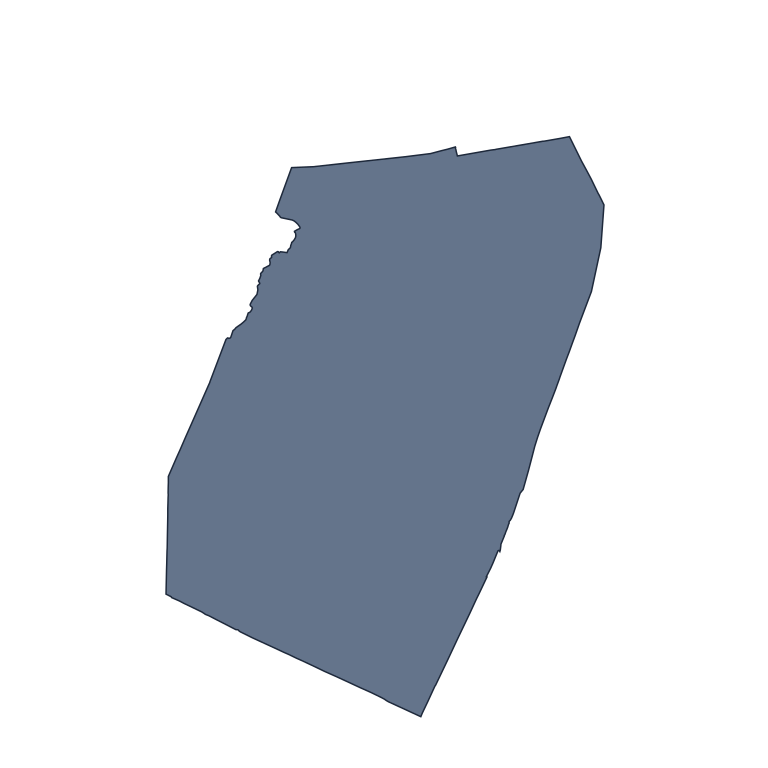 Melchor Ocampo, Nuevo León, Mexico, rotated 111°
{"feature_id": "50627088B70877597446889", "entity_name": "Melchor Ocampo", "entity_type": "district", "adm_level": 2, "iso_a3": "MEX", "parent_name": "Mexico", "parent_adm1": "Nuevo León", "projection": "orthographic", "projection_center": [-99.496, 26.046], "detail": "fine", "context": "isolated", "style": "filled", "palette": "slate", "viewbox_px": 768, "rotation_deg": 111, "n_neighbors": 0, "source": "geoboundaries", "source_scale": "gbopen_adm2", "svg_char_len": 3564}
<svg xmlns="http://www.w3.org/2000/svg" viewBox="0 0 768 768"><g transform="rotate(111 384 384)"><path d="M455.8,216.9L437.2,217.8L432.6,216.3L413.2,218.1L397.9,219.8L388.3,220.9L378.8,221.5L369.6,221.8L347.3,222.0L335.8,221.9L326.4,221.9L323.7,222.0L316.3,222.1L315.1,222.2L295.1,222.6L287.8,222.6L278.4,222.8L270.2,222.9L256.9,223.3L223.3,223.5L179.1,230.4L138.0,242.8L132.4,248.8L130.4,251.0L129.3,252.4L118.5,263.9L112.0,271.4L105.0,279.6L86.6,299.5L91.6,307.6L97.7,317.8L100.2,322.0L100.3,322.5L108.8,336.7L119.4,354.5L124.8,363.6L125.3,364.2L125.9,365.4L127.4,368.2L144.8,397.2L141.3,399.7L139.1,401.1L138.6,401.6L138.0,402.0L137.5,401.9L137.1,402.3L142.0,408.8L145.4,413.7L152.2,423.1L163.2,443.7L163.4,444.1L163.8,444.8L191.5,498.8L206.5,527.9L215.0,547.6L215.1,547.8L250.0,547.2L262.2,546.9L262.5,546.2L262.8,545.4L263.9,543.1L264.9,541.1L265.3,540.7L265.6,539.6L265.4,538.3L263.8,528.4L264.0,526.2L264.6,524.3L265.7,521.7L267.1,519.5L267.9,518.5L268.5,518.3L269.0,518.4L269.6,518.9L271.0,520.3L272.9,521.8L273.5,522.3L273.9,522.2L274.3,521.8L274.4,521.2L274.9,520.7L275.7,520.2L276.4,519.8L277.7,519.3L278.5,519.2L279.4,519.1L280.3,519.3L281.6,519.5L282.7,519.9L283.7,520.2L284.9,520.9L286.0,520.7L288.1,520.7L289.9,520.3L291.2,520.6L292.2,521.2L292.9,521.5L296.1,521.6L297.1,525.9L297.7,528.1L298.4,528.5L299.0,528.7L299.0,528.9L299.0,529.3L298.4,530.1L298.4,530.6L298.8,531.1L300.3,532.2L303.9,534.9L304.4,535.0L305.3,534.7L306.0,534.3L306.4,534.4L307.7,535.3L308.5,535.4L309.5,535.1L311.4,533.8L312.6,533.5L313.6,533.3L314.3,533.5L319.4,538.0L321.3,537.6L322.2,537.6L323.7,538.2L324.6,538.6L325.3,538.7L326.2,538.3L326.8,537.9L329.5,537.8L331.1,537.9L331.9,538.0L332.6,538.1L333.0,537.9L333.6,537.1L334.3,536.2L334.6,536.0L335.0,536.0L336.3,536.7L337.6,537.2L338.2,537.2L341.3,535.5L345.9,534.7L353.2,537.0L357.6,537.5L358.7,536.9L359.0,536.3L359.6,534.7L360.2,534.2L361.5,534.1L362.9,534.2L364.1,534.6L365.2,535.0L366.3,536.2L367.7,536.2L368.9,536.1L370.0,536.0L371.0,536.2L372.3,536.0L373.6,536.0L376.6,537.4L379.3,538.9L384.3,542.3L386.4,543.0L388.3,544.1L395.2,543.8L395.8,544.0L396.3,544.2L396.7,544.7L397.0,545.3L397.0,546.0L396.9,546.3L397.3,546.7L399.1,547.5L444.1,547.3L445.1,547.2L448.5,547.4L474.9,548.7L493.0,549.6L504.4,550.2L518.6,550.8L527.0,551.3L547.6,552.2L553.3,550.0L557.9,548.4L563.1,546.5L564.8,545.7L567.3,544.9L572.9,542.9L577.8,541.2L583.8,538.9L589.3,536.9L602.3,532.2L610.5,529.2L614.9,527.6L617.7,526.7L629.2,522.6L635.5,520.4L658.3,512.2L658.9,506.4L659.5,505.7L659.6,503.4L659.9,497.1L660.5,492.2L662.1,472.5L662.7,469.6L663.0,468.6L663.1,467.5L663.1,465.7L663.1,464.6L664.1,455.7L666.4,434.3L665.8,432.3L665.9,432.0L666.2,431.3L666.6,430.6L666.9,429.0L668.1,416.0L668.7,406.7L669.3,397.2L670.4,381.3L670.6,376.7L671.4,367.1L671.5,364.6L672.3,352.7L673.1,342.5L673.6,336.6L674.2,324.8L674.9,314.0L676.1,296.2L676.7,285.0L677.1,280.4L677.7,273.7L678.1,270.6L678.7,268.3L679.1,265.8L681.4,230.4L677.4,230.3L664.8,229.3L647.8,228.2L646.8,227.9L635.6,227.0L618.0,225.6L595.8,224.0L567.2,221.7L555.1,220.9L550.8,220.6L545.5,220.1L527.3,218.7L527.3,219.4L517.8,218.4L511.9,218.1L507.5,218.0L498.9,217.8L498.5,217.4L498.2,217.1L498.3,216.8L498.6,216.2L498.9,215.8L497.4,215.9L495.4,216.4L493.0,217.0L491.8,217.4L490.7,217.4L482.9,217.2L482.2,217.5L481.6,217.2L480.8,217.2L480.2,217.2L479.0,217.3L475.2,217.2L473.1,217.2L471.1,217.4L469.9,217.4L469.1,217.3L468.4,217.6L467.9,217.8L467.4,217.9L466.6,217.6L466.1,217.3L463.6,216.9L460.3,216.8L458.1,216.8L455.8,216.9Z" fill="#64748b" stroke="#1e293b" stroke-width="1.5"/></g></svg>